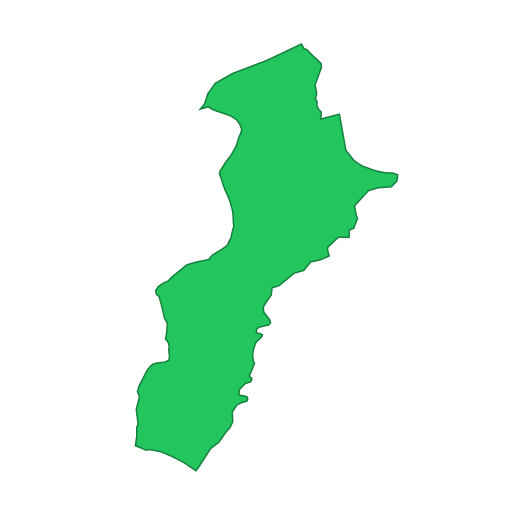 outline of Carnot, Mambéré-Kadéï, Central African Republic, rotated 79°
{"feature_id": "33826404B21992681295318", "entity_name": "Carnot", "entity_type": "district", "adm_level": 2, "iso_a3": "CAF", "parent_name": "Central African Republic", "parent_adm1": "Mambéré-Kadéï", "projection": "natural_earth1", "projection_center": [16.19, 4.73], "detail": "fine", "context": "isolated", "style": "filled", "palette": "green", "viewbox_px": 512, "rotation_deg": 79, "n_neighbors": 0, "source": "geoboundaries", "source_scale": "gbopen_adm2", "svg_char_len": 2663}
<svg xmlns="http://www.w3.org/2000/svg" viewBox="0 0 512 512"><g transform="rotate(79 256 256)"><path d="M419.3,410.6L422.4,405.7L425.5,401.2L425.8,397.9L426.4,395.5L429.9,386.9L436.4,377.2L445.1,366.1L455.4,355.9L452.0,352.2L436.4,337.3L431.6,327.9L422.9,318.8L419.6,314.4L414.3,310.5L404.6,309.0L398.5,303.1L397.2,298.2L396.8,293.4L396.6,292.5L394.5,291.4L393.9,291.3L392.6,291.7L392.3,292.1L391.3,294.0L390.4,296.0L390.0,297.6L389.4,298.6L387.9,299.0L386.8,298.7L384.2,298.0L379.3,291.2L378.7,287.6L378.7,285.8L376.4,283.5L375.9,283.6L374.5,284.0L373.7,285.0L372.5,285.4L361.0,277.9L359.3,278.5L354.3,278.5L352.1,278.0L350.2,277.4L347.4,276.4L343.6,274.2L341.2,272.9L339.1,270.1L337.0,266.4L334.7,264.7L333.5,265.9L332.9,266.9L331.6,270.2L330.6,270.2L327.9,269.1L326.5,266.5L326.1,256.9L325.5,255.6L323.9,254.4L320.9,254.8L319.5,255.6L316.5,257.1L312.8,259.1L307.4,258.6L301.7,253.2L297.4,248.5L290.3,246.3L289.5,239.0L280.1,221.6L279.3,211.8L272.3,203.5L272.0,193.3L269.9,184.1L267.6,184.3L264.8,184.6L261.4,184.2L254.8,174.0L253.2,170.6L254.4,166.8L254.6,164.5L255.5,161.8L255.4,161.0L254.3,160.7L251.8,160.3L248.6,159.6L247.9,158.0L247.5,154.7L244.3,152.9L238.7,149.2L234.9,149.8L225.7,149.8L220.5,142.9L213.3,133.2L212.3,122.9L213.9,110.0L212.2,107.6L209.3,103.3L203.4,101.4L200.7,105.8L199.1,113.0L195.0,122.9L187.8,134.8L181.3,141.4L169.4,147.6L132.7,147.1L133.9,166.6L129.3,164.8L126.6,164.8L123.9,166.6L119.9,167.6L116.4,166.6L113.1,167.6L110.7,166.6L108.0,165.4L106.4,165.4L99.4,165.4L97.8,164.5L90.5,160.1L83.2,155.7L79.5,155.4L74.6,158.8L69.5,162.6L63.3,166.6L61.4,169.4L56.6,171.0L66.0,207.8L72.4,244.4L78.6,262.8L87.2,272.1L97.2,277.7L101.2,282.7L100.5,274.4L103.8,270.8L106.2,267.0L113.3,254.6L118.1,249.4L123.3,246.8L129.2,245.8L132.8,247.8L135.5,249.6L138.8,251.6L141.8,253.0L144.7,254.8L149.2,258.6L152.8,261.8L156.1,265.6L159.0,268.8L161.6,271.0L165.5,275.0L168.5,276.2L171.6,275.6L179.0,274.8L186.1,273.6L191.6,272.2L195.6,271.4L201.4,270.8L207.5,270.4L212.3,270.8L218.3,271.8L222.8,272.2L227.5,274.6L230.7,276.0L233.1,276.8L236.6,279.8L239.2,281.4L240.4,282.6L243.0,288.6L245.0,294.0L246.9,298.8L250.4,303.0L250.6,316.0L251.4,325.5L256.8,335.5L261.1,343.5L263.7,346.7L264.9,352.1L267.3,357.7L270.9,361.1L274.7,361.1L277.1,358.9L287.1,358.1L299.2,357.7L305.6,355.9L314.7,358.5L320.1,360.7L322.7,359.3L325.1,358.5L328.7,358.5L331.1,359.5L335.1,359.9L338.2,360.1L341.8,361.5L342.8,366.3L342.3,371.9L342.1,374.9L342.7,378.3L343.9,380.5L346.8,384.1L360.9,395.3L366.5,398.3L369.7,397.5L371.8,397.3L376.1,399.2L380.3,401.2L383.7,402.8L398.4,403.8L401.5,405.8L410.1,407.4L419.3,410.6Z" fill="#22c55e" stroke="#15803d" stroke-width="1.5"/></g></svg>